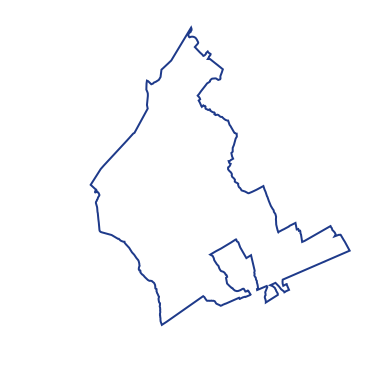 outline of Garoafa, Vrancea, Romania, rotated 236°
{"feature_id": "2599482B42581199189743", "entity_name": "Garoafa", "entity_type": "district", "adm_level": 2, "iso_a3": "ROU", "parent_name": "Romania", "parent_adm1": "Vrancea", "projection": "orthographic", "projection_center": [27.251, 45.799], "detail": "fine", "context": "isolated", "style": "outline", "palette": "blue", "viewbox_px": 384, "rotation_deg": 236, "n_neighbors": 0, "source": "geoboundaries", "source_scale": "gbopen_adm2", "svg_char_len": 5952}
<svg xmlns="http://www.w3.org/2000/svg" viewBox="0 0 384 384"><g transform="rotate(236 192 192)"><path d="M86.3,287.8L88.5,258.1L89.0,255.4L95.8,258.6L97.1,258.8L98.2,259.5L99.5,260.0L99.7,259.9L100.0,258.9L101.9,259.4L102.4,257.9L108.5,260.5L109.4,253.8L109.2,253.1L109.8,247.1L110.0,246.0L110.3,242.9L110.5,241.9L110.3,241.0L110.6,241.0L111.5,241.4L112.2,241.5L114.5,242.3L117.9,243.6L121.0,245.5L122.3,246.2L124.5,247.9L127.1,248.8L129.8,248.8L131.0,249.4L131.8,249.5L132.8,249.4L136.4,249.6L141.7,250.7L145.8,251.8L146.5,251.8L151.1,253.1L153.5,253.5L157.0,254.5L157.8,246.7L158.5,242.0L159.2,238.5L159.6,237.9L162.8,236.2L165.6,234.0L167.3,234.1L168.4,234.1L169.5,233.7L170.3,233.7L172.3,234.3L173.0,234.9L174.0,234.6L175.7,233.6L176.7,233.3L178.3,234.5L180.2,234.3L182.0,233.8L183.6,234.2L184.0,234.7L185.0,235.2L186.8,235.2L187.7,234.9L189.7,234.6L190.8,234.7L191.5,235.2L192.2,235.7L192.2,236.9L192.5,237.8L193.2,239.1L193.8,239.8L194.3,239.4L195.5,239.2L197.1,239.7L196.7,240.4L196.6,241.0L196.8,242.0L196.6,244.7L199.0,245.1L202.3,246.4L202.7,248.3L205.8,250.4L207.5,253.0L211.9,258.1L212.8,260.1L215.3,261.6L215.5,261.2L216.7,260.8L216.9,260.5L217.1,260.3L218.6,260.3L225.3,260.8L226.7,260.7L231.0,261.9L231.3,261.4L233.0,260.1L234.9,259.4L237.2,258.9L237.4,258.9L238.1,258.0L238.6,257.6L239.9,257.2L241.0,257.0L241.9,256.3L242.6,254.6L243.8,254.1L244.1,254.7L244.9,255.0L245.7,254.8L245.8,254.4L247.0,253.6L249.3,252.6L249.8,252.7L250.2,253.1L250.6,253.0L250.9,251.3L251.2,251.1L251.6,251.0L253.3,249.9L254.0,250.0L255.3,251.0L256.2,250.8L256.4,250.1L257.5,249.8L257.1,247.8L258.0,247.8L261.7,248.5L264.1,248.7L264.3,250.6L265.5,250.9L266.8,250.9L268.7,250.6L269.3,252.7L270.5,255.8L272.9,263.2L273.6,265.2L273.5,267.5L273.6,268.7L274.3,269.3L274.7,270.9L274.7,272.1L273.2,274.8L272.7,275.4L270.3,276.4L270.2,276.5L269.7,278.4L269.9,278.6L270.3,279.2L271.6,279.9L272.3,280.5L274.4,283.5L276.5,286.2L292.1,281.3L293.4,279.5L294.2,281.3L294.7,281.8L295.2,283.6L295.6,284.3L296.1,284.6L297.3,284.0L298.8,283.5L299.7,283.6L299.5,282.3L299.3,281.4L298.6,280.5L298.3,279.1L298.3,278.2L298.5,277.5L300.0,277.4L303.3,276.6L310.6,275.4L311.7,279.6L312.0,280.3L312.6,280.8L315.6,281.2L317.3,281.2L318.1,281.0L318.8,280.7L319.7,280.1L320.4,279.4L321.2,278.1L321.6,276.5L322.0,276.3L322.8,276.3L324.2,276.8L325.0,277.6L325.3,278.1L325.5,280.5L325.9,280.9L326.4,281.9L326.6,282.3L327.7,282.9L328.8,283.2L312.6,248.3L310.8,237.3L310.5,235.1L304.9,230.2L303.5,227.2L303.6,223.6L304.0,221.7L303.7,220.2L304.1,218.5L308.4,217.6L309.5,216.9L307.4,215.0L302.4,211.4L300.2,211.0L299.1,210.7L298.3,210.4L296.3,209.1L289.3,203.3L285.9,201.9L273.2,177.4L273.3,175.9L271.2,167.5L263.3,133.8L262.1,129.2L254.6,112.0L248.4,113.5L247.8,113.8L247.0,113.8L246.4,113.6L246.2,113.2L246.3,112.5L246.8,112.3L246.8,112.1L245.9,111.5L245.7,111.6L245.6,111.8L245.5,112.4L245.2,113.5L244.9,113.8L244.3,113.7L243.7,113.9L243.0,114.0L242.5,113.8L241.6,113.7L240.9,113.2L240.5,112.1L239.9,110.9L239.0,109.9L238.7,108.9L238.0,108.2L237.7,107.3L237.4,106.8L236.7,106.2L233.0,105.0L232.2,104.7L228.3,102.5L227.2,102.1L221.5,99.0L218.9,97.7L212.2,94.0L211.2,93.7L210.1,93.9L209.1,94.6L201.3,101.3L194.5,104.5L194.2,105.1L191.8,105.6L191.2,105.9L189.8,106.8L189.2,107.3L188.5,108.2L187.8,107.8L187.4,107.8L185.2,108.0L184.2,108.2L182.0,108.5L181.2,108.7L175.5,108.5L172.3,109.0L168.3,109.0L165.5,109.3L164.4,109.1L162.2,108.3L160.6,107.4L160.1,107.3L159.3,106.0L157.8,104.7L156.5,104.5L156.0,105.2L155.8,105.2L155.1,105.0L154.6,104.4L153.8,104.3L151.8,104.5L150.0,105.1L147.9,105.3L143.8,106.2L142.2,107.0L141.6,108.0L140.8,108.8L140.2,109.1L139.6,109.1L138.9,109.4L137.8,109.7L136.1,109.5L135.3,109.3L134.9,109.0L134.0,108.6L132.8,107.8L132.1,107.8L131.5,108.3L131.3,108.3L129.4,107.0L128.7,106.9L127.4,106.5L126.4,106.5L124.8,106.1L123.7,106.1L122.8,105.3L122.5,104.8L121.8,104.3L121.2,104.1L120.6,103.7L119.0,103.1L118.6,103.0L118.3,103.2L117.7,103.2L117.2,103.0L116.8,102.6L116.1,102.2L115.7,101.7L115.1,101.2L114.0,100.9L113.1,100.4L112.4,99.9L112.0,99.8L111.5,99.2L110.2,98.6L108.7,97.1L107.9,96.8L107.4,96.3L107.0,96.3L105.9,95.6L105.2,95.4L103.7,94.4L102.2,93.6L98.7,92.7L98.6,98.4L99.4,142.9L99.1,142.9L98.9,143.1L98.3,143.4L97.8,143.5L96.3,143.4L93.7,143.5L93.0,144.2L92.4,145.3L91.8,145.9L91.0,147.5L90.6,147.7L89.9,148.9L89.0,149.6L88.5,149.8L86.1,149.7L85.2,150.1L82.5,151.8L81.8,152.0L81.6,152.3L81.3,153.5L81.2,155.1L81.0,155.7L80.8,157.1L80.6,157.3L78.0,171.9L77.6,171.9L76.7,171.7L76.6,171.8L76.6,172.9L76.3,174.3L76.3,174.9L75.5,177.4L75.1,177.6L74.4,181.0L74.1,182.8L74.2,183.2L78.5,183.4L78.6,182.9L79.1,182.9L79.3,181.2L79.6,180.6L82.4,180.8L82.9,180.7L83.4,179.8L83.5,178.1L83.6,177.1L84.1,175.0L84.7,173.8L86.2,172.5L88.4,171.8L89.1,171.9L90.4,171.4L90.4,171.2L93.3,170.5L96.5,169.9L101.8,172.2L102.0,173.7L103.4,174.1L104.1,174.1L104.2,173.8L104.5,173.7L106.1,173.9L107.0,173.8L107.7,173.6L108.4,173.3L110.2,171.9L110.9,171.8L112.1,171.8L113.3,171.9L115.9,172.6L118.2,172.2L123.0,172.3L124.8,173.0L127.3,173.4L129.9,172.1L129.5,178.9L128.9,184.3L128.3,196.2L128.2,201.6L128.1,201.8L127.9,202.1L126.1,201.6L124.4,202.3L119.1,201.0L106.8,200.1L106.6,205.6L91.6,199.9L90.3,198.5L89.0,198.1L88.1,197.1L86.6,196.8L85.5,197.0L83.6,196.1L82.0,196.0L80.7,195.2L78.8,194.6L77.8,194.2L75.2,192.9L75.2,191.6L74.3,191.2L72.3,201.4L71.1,201.3L68.0,196.7L66.5,196.0L65.3,195.3L64.9,194.3L64.4,193.8L63.7,193.3L61.5,192.7L59.8,191.9L59.1,191.4L58.7,205.6L59.8,206.3L63.0,206.5L63.9,206.8L64.9,206.8L65.5,207.0L66.4,207.0L68.9,206.2L70.9,204.8L70.0,210.4L65.1,211.3L61.5,211.5L57.9,212.7L57.2,212.5L57.1,213.2L57.3,213.5L56.6,217.7L62.2,218.7L62.4,218.9L62.7,219.0L62.8,218.8L63.2,215.2L65.3,215.9L67.2,217.0L68.6,218.2L55.2,289.9L65.5,290.9L66.9,290.9L73.3,291.3L73.5,291.2L73.5,290.8L74.1,290.3L74.4,289.8L75.5,285.4L76.3,287.1L76.5,287.4L78.6,287.7L80.8,287.4L81.9,287.1L84.0,287.7L85.6,287.5L86.0,287.8L86.3,287.8Z" fill="none" stroke="#1e3a8a" stroke-width="2"/></g></svg>